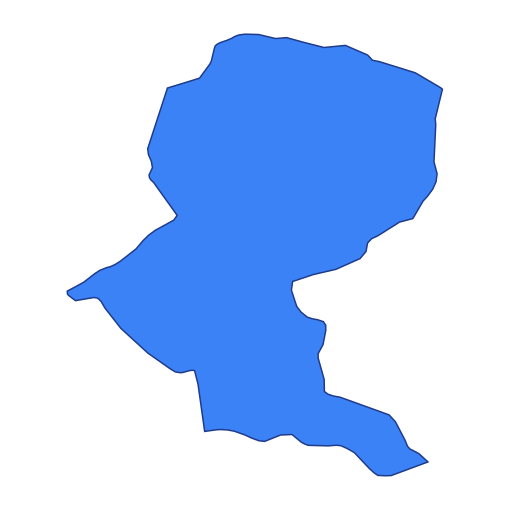 the border of Kabul, rotated 89°
{"feature_id": "AFG-1767", "entity_name": "Kabul", "entity_type": "Province", "adm_level": 1, "iso_a3": "AFG", "parent_name": "Afghanistan", "parent_adm1": "", "projection": "natural_earth1", "projection_center": [69.432, 34.519], "detail": "fine", "context": "isolated", "style": "filled", "palette": "blue", "viewbox_px": 512, "rotation_deg": 89, "n_neighbors": 0, "source": "natural_earth", "source_scale": "10m", "svg_char_len": 1749}
<svg xmlns="http://www.w3.org/2000/svg" viewBox="0 0 512 512"><g transform="rotate(89 256 256)"><path d="M464.9,87.7L477.9,124.7L478.0,130.4L477.5,137.9L475.2,141.3L470.9,146.0L454.3,161.1L450.2,168.0L447.2,174.3L446.6,179.0L447.1,187.0L446.2,207.3L444.4,211.5L442.7,214.3L435.1,223.1L435.4,234.5L441.5,250.6L440.8,256.1L438.2,263.1L434.8,270.1L430.8,280.7L429.4,287.7L428.9,294.6L429.1,298.8L430.5,310.4L383.2,316.2L369.6,319.4L369.2,320.6L369.2,322.3L369.5,324.7L371.3,331.7L371.3,334.3L370.5,338.6L367.5,343.5L351.2,365.8L326.0,392.4L305.6,407.8L298.9,411.6L296.5,413.8L295.2,415.5L294.7,419.1L297.5,437.3L292.1,444.1L290.7,445.2L287.8,445.3L279.4,429.0L270.6,417.2L267.6,412.4L265.1,405.8L264.1,401.7L262.0,397.0L259.1,392.1L246.8,375.8L238.8,368.8L233.5,363.2L228.6,356.4L218.7,337.6L214.0,334.1L180.4,357.3L178.2,359.7L175.7,361.2L173.0,361.5L165.9,358.0L159.4,359.0L152.7,361.8L146.8,362.4L86.5,341.6L84.3,333.9L77.2,309.4L63.3,298.8L60.4,297.3L47.3,293.9L45.1,293.0L43.4,290.9L41.9,287.7L39.8,281.1L38.0,276.7L36.2,273.5L34.7,269.3L34.0,263.2L34.6,249.5L38.9,232.7L38.2,221.6L43.3,204.2L48.7,184.4L47.0,162.9L57.1,140.8L62.3,136.1L63.8,129.3L75.6,93.6L91.0,68.4L92.5,66.7L121.9,74.4L127.9,74.0L165.0,76.4L177.0,73.5L184.9,74.7L192.2,78.1L199.4,83.6L204.0,88.0L221.3,98.5L224.6,111.9L237.9,133.8L240.7,140.1L244.9,144.2L253.3,145.9L260.4,152.0L270.7,176.3L275.6,199.2L282.1,219.8L290.8,221.2L307.0,216.2L312.7,212.1L317.9,206.0L319.7,200.9L320.8,195.5L322.8,189.8L326.4,187.5L331.5,187.5L345.7,190.5L354.8,195.6L359.3,195.6L380.6,190.0L392.6,190.0L395.3,186.7L397.3,181.2L398.6,174.6L417.2,125.7L424.3,119.4L443.2,110.0L448.8,107.9L451.7,105.4L452.7,103.3L456.5,96.5L464.9,87.7Z" fill="#3b82f6" stroke="#1e3a8a" stroke-width="1.5"/></g></svg>